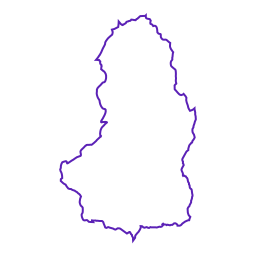 the district of Yacuambi, Zamora Chinchipe, Ecuador
{"feature_id": "8360857B31068945551304", "entity_name": "Yacuambi", "entity_type": "district", "adm_level": 2, "iso_a3": "ECU", "parent_name": "Ecuador", "parent_adm1": "Zamora Chinchipe", "projection": "natural_earth1", "projection_center": [-78.966, -3.587], "detail": "fine", "context": "isolated", "style": "outline", "palette": "violet", "viewbox_px": 256, "rotation_deg": 0, "n_neighbors": 0, "source": "geoboundaries", "source_scale": "gbopen_adm2", "svg_char_len": 5734}
<svg xmlns="http://www.w3.org/2000/svg" viewBox="0 0 256 256"><path d="M145.8,15.4L145.5,15.7L144.9,15.9L140.4,16.1L139.6,16.6L138.7,17.6L138.2,17.9L137.5,18.7L136.5,19.1L135.6,20.2L135.4,20.2L134.6,20.0L134.2,20.1L133.1,19.8L131.3,19.6L130.7,20.4L130.2,20.8L129.0,21.0L127.9,21.5L127.4,21.5L126.9,21.7L126.3,22.1L125.8,23.1L125.4,23.4L125.0,23.6L123.9,24.3L123.1,24.5L123.0,24.8L122.5,24.8L122.4,25.0L122.0,24.9L120.8,24.0L118.7,21.5L118.6,23.6L118.2,27.0L114.3,29.0L111.9,29.6L112.7,32.0L112.6,33.0L112.2,34.6L110.4,36.1L108.2,38.1L107.3,39.2L106.0,41.0L105.4,42.1L105.2,42.7L105.1,44.0L104.6,45.2L102.8,48.6L101.1,52.5L99.6,55.2L99.4,55.3L97.9,57.6L96.0,59.9L96.9,59.9L99.2,60.1L99.7,61.0L100.2,61.3L100.3,61.6L100.1,62.7L100.3,63.8L101.3,64.8L101.5,65.3L101.3,65.8L101.6,66.3L101.3,67.4L101.3,68.4L101.1,69.1L101.7,69.7L102.7,70.4L103.0,70.8L103.9,71.3L104.7,72.2L105.6,73.7L106.1,75.5L106.1,78.1L105.8,79.5L105.1,81.5L104.2,82.2L103.3,82.4L102.6,82.7L100.5,85.1L98.7,86.8L97.5,88.2L96.9,89.6L96.9,91.3L96.7,93.3L96.9,94.8L97.3,96.2L97.8,97.6L99.5,100.4L99.8,102.5L100.3,104.4L101.2,106.4L102.5,108.2L103.3,108.7L105.0,109.1L105.6,109.7L105.7,111.6L105.3,113.3L104.6,115.0L104.1,116.0L103.4,117.3L102.9,118.3L101.2,121.0L101.1,121.5L101.2,122.2L101.4,122.3L101.8,122.3L102.2,122.1L105.5,121.9L106.6,122.1L106.8,122.2L106.9,122.5L104.9,124.2L104.2,125.1L102.2,127.1L101.7,127.7L100.8,129.6L100.4,131.2L100.1,133.6L100.3,135.7L100.9,135.8L101.0,136.0L100.7,136.7L100.0,137.1L96.8,140.1L96.2,140.9L94.0,142.9L91.9,144.6L91.4,144.8L90.4,144.7L88.9,144.9L87.1,144.9L86.5,145.0L86.2,145.4L85.5,145.7L83.5,147.8L81.5,149.7L80.9,150.5L80.5,151.3L80.5,152.2L80.9,154.3L80.9,155.2L80.7,155.7L80.5,155.9L76.9,157.2L74.2,159.0L73.6,159.5L71.7,160.6L68.0,163.1L67.6,163.3L67.2,163.3L67.0,163.0L66.7,161.7L66.2,161.3L65.9,161.2L64.1,161.6L62.4,162.2L61.6,163.5L61.2,164.7L60.9,165.8L60.8,167.9L60.2,169.5L60.6,171.2L61.3,172.4L61.8,174.0L62.1,175.8L62.2,178.1L60.9,179.1L60.8,179.6L60.8,181.0L63.1,183.1L64.2,183.9L65.6,184.6L66.7,186.5L68.3,188.5L69.4,188.9L71.2,189.1L71.8,189.6L72.9,190.1L74.6,190.6L75.5,191.3L77.1,192.2L78.1,193.3L79.2,194.0L80.1,195.0L81.0,196.5L80.7,197.2L80.1,198.9L79.7,201.7L79.7,202.5L80.0,203.8L80.7,205.5L82.2,206.9L82.7,207.7L82.8,209.8L82.7,212.1L82.6,212.6L82.3,213.3L81.8,214.1L81.6,214.7L81.6,215.1L81.9,216.8L82.2,217.7L82.8,219.1L83.2,219.8L84.0,220.3L84.4,220.4L85.5,220.3L86.2,220.1L87.2,220.2L87.8,220.7L88.7,221.7L88.9,221.8L90.8,222.0L93.0,222.1L92.0,220.8L92.0,220.4L93.8,220.6L95.6,220.5L96.3,220.8L97.0,220.7L99.8,221.0L102.0,221.0L102.5,221.3L103.3,222.2L103.7,223.6L104.6,225.7L105.2,227.4L106.3,227.9L106.5,227.9L108.1,227.1L108.4,227.1L109.6,227.6L113.2,228.6L114.4,229.3L115.1,229.5L115.7,229.5L117.7,228.3L118.4,228.3L119.4,228.4L120.3,228.7L126.9,233.5L127.2,233.4L127.6,233.0L128.2,232.8L128.4,232.6L128.7,232.6L129.3,232.0L129.8,232.0L130.2,232.5L130.9,233.7L131.1,234.3L131.9,234.8L132.1,236.2L132.5,236.7L132.7,237.2L133.1,237.8L133.0,239.2L133.1,240.6L135.1,237.8L135.2,236.0L135.6,235.2L137.3,233.1L138.5,231.9L139.8,229.8L140.5,228.3L140.8,227.3L140.6,226.1L142.0,226.2L142.6,226.6L143.0,227.1L143.4,227.4L144.5,227.7L146.6,227.1L146.9,227.2L148.1,227.8L148.6,227.9L149.2,227.9L150.4,227.1L151.1,227.3L155.2,227.3L156.8,227.5L159.4,226.7L160.7,226.9L161.1,226.7L161.7,226.6L162.0,226.2L162.7,225.6L162.9,225.1L163.1,225.0L162.4,224.3L163.1,223.7L163.5,224.1L164.1,224.4L165.7,224.6L166.1,224.7L166.6,225.1L167.5,224.7L170.0,225.3L170.9,224.9L172.3,224.9L174.2,223.3L175.5,223.3L176.7,224.1L177.1,224.4L177.4,224.9L177.5,225.7L179.7,225.7L180.8,225.2L181.4,224.7L182.3,223.6L185.1,221.6L186.8,220.8L188.4,220.2L189.2,220.2L189.6,218.6L190.2,217.2L190.3,216.8L189.5,216.1L188.8,215.4L188.1,213.6L187.8,212.3L187.6,208.7L188.2,207.4L189.4,206.1L189.6,205.2L191.1,202.4L191.1,200.7L191.4,200.1L192.0,198.2L192.1,196.9L192.5,196.0L192.5,194.9L192.2,193.7L191.7,189.9L191.3,189.1L190.6,188.7L189.9,187.8L189.7,186.9L189.6,185.5L189.4,185.0L189.0,184.5L189.0,183.7L188.8,182.8L188.2,182.0L187.8,180.5L187.6,179.2L187.1,178.0L186.5,177.5L185.7,176.3L185.0,176.2L184.0,175.5L183.5,175.6L183.1,175.9L182.9,175.6L182.9,173.5L182.6,172.7L181.6,170.5L181.5,169.4L182.2,167.8L183.7,165.1L183.4,164.0L182.9,163.4L183.0,161.7L182.8,161.2L182.4,160.7L182.3,159.3L182.6,158.5L186.2,152.0L186.6,151.4L188.3,150.1L188.3,148.7L189.2,145.6L189.8,144.6L190.8,143.6L191.4,142.7L192.1,142.5L192.5,140.9L193.7,139.4L194.4,138.1L194.7,137.4L194.0,134.7L192.7,132.5L192.5,131.5L192.4,130.3L192.5,129.0L193.4,127.4L193.5,126.2L193.8,125.2L194.4,123.6L194.9,121.6L195.8,119.5L195.8,118.6L195.7,117.7L195.7,116.8L195.5,115.7L195.2,114.5L195.2,112.4L194.7,109.9L194.5,109.4L194.5,108.3L193.1,109.5L192.2,110.0L190.0,110.8L188.9,109.0L188.3,107.7L187.8,105.5L186.7,102.4L186.2,100.1L186.4,97.7L185.6,96.3L183.6,93.9L183.1,94.4L181.6,95.0L181.1,95.1L179.7,94.6L179.2,94.2L178.0,93.0L175.5,90.1L175.0,89.7L174.7,89.2L174.6,85.4L175.3,84.5L176.3,83.6L176.3,83.4L175.9,81.9L175.8,80.4L176.0,78.3L175.8,76.2L175.9,74.0L175.8,71.8L175.6,70.3L175.3,69.6L173.2,67.9L171.4,66.3L171.0,65.5L170.8,64.4L170.7,63.0L170.9,61.9L171.2,61.1L172.2,59.8L172.4,59.1L172.2,58.0L172.5,56.9L172.8,53.7L173.2,52.2L172.8,51.8L171.9,50.4L171.1,49.3L170.6,48.3L170.1,47.0L170.0,46.2L170.0,45.6L170.2,42.9L169.1,42.2L166.5,39.9L165.7,39.6L164.5,39.7L163.1,39.6L162.6,39.4L161.7,38.6L160.9,37.2L160.8,36.6L160.8,34.9L160.6,34.2L160.2,34.0L159.1,33.8L158.5,33.6L157.4,32.4L157.1,29.1L156.7,27.5L156.3,26.8L155.8,26.2L155.0,25.8L154.3,25.8L153.2,26.1L152.4,24.8L152.1,24.6L151.7,24.3L150.6,23.9L150.4,23.7L150.3,22.5L150.7,20.6L149.7,19.1L147.3,18.7L146.5,18.3L146.1,18.0L145.8,17.0L145.8,15.4Z" fill="none" stroke="#5b21b6" stroke-width="2"/></svg>